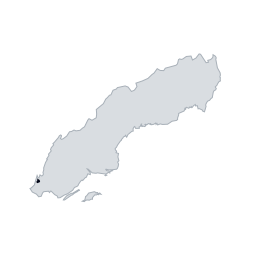 Bjuv, Skåne, Sweden shown in context, rotated 43°
{"feature_id": "70781695B11789611241227", "entity_name": "Bjuv", "entity_type": "district", "adm_level": 2, "iso_a3": "SWE", "parent_name": "Sweden", "parent_adm1": "Skåne", "projection": "orthographic", "projection_center": [12.999, 56.072], "detail": "fine", "context": "in_parent", "style": "filled", "palette": "ink", "viewbox_px": 256, "rotation_deg": 43, "n_neighbors": 0, "source": "geoboundaries", "source_scale": "gbopen_adm2", "svg_char_len": 3975}
<svg xmlns="http://www.w3.org/2000/svg" viewBox="0 0 256 256"><g transform="rotate(43 128 128)"><path d="M85.1,179.7L85.8,181.8L87.2,181.6L87.9,180.1L88.7,175.7L87.8,170.7L89.1,169.0L89.9,166.3L91.9,165.6L94.5,162.4L94.8,159.2L95.4,156.8L93.2,149.6L93.1,147.8L96.4,146.9L97.8,142.2L95.5,139.1L92.2,136.1L93.4,127.0L92.0,122.0L92.2,119.9L92.1,116.7L92.9,115.4L91.3,110.6L92.9,107.4L92.7,105.7L97.2,99.2L100.1,98.0L105.6,98.9L106.8,96.3L106.8,94.9L106.3,91.6L103.2,89.8L106.4,83.8L108.8,78.1L109.1,72.5L109.6,70.1L108.9,64.7L112.2,64.0L115.0,61.7L114.5,58.8L120.3,49.4L120.5,47.8L119.9,46.3L118.3,43.6L118.6,42.3L120.2,41.5L121.0,40.2L121.9,35.9L125.0,32.4L128.8,34.3L130.0,30.5L129.5,25.3L130.8,24.6L140.6,27.0L142.0,25.0L140.2,24.1L141.6,21.9L141.9,20.5L141.9,19.0L141.7,18.2L140.2,16.4L143.1,15.9L144.8,16.6L145.1,17.7L152.3,23.0L157.7,24.8L159.5,26.3L160.3,28.1L161.1,28.1L162.4,29.7L163.5,30.6L162.9,31.9L163.4,34.8L163.9,36.0L163.8,38.5L165.6,38.9L166.1,40.3L165.5,42.0L165.9,43.6L168.9,48.3L168.6,50.0L168.8,52.1L168.0,53.8L168.1,55.4L168.7,57.4L169.2,58.3L170.3,58.9L172.9,64.0L171.2,64.7L169.8,64.2L166.8,65.3L166.2,66.2L163.5,64.4L162.3,65.8L161.2,64.9L160.7,66.8L160.9,69.2L159.7,69.2L160.3,70.0L158.8,70.6L158.7,71.0L159.1,71.5L158.8,72.3L156.7,72.9L156.5,73.7L157.3,74.6L157.3,75.2L155.9,74.4L157.0,76.1L157.4,77.4L155.1,82.8L156.2,84.0L157.4,86.8L158.5,88.0L158.3,89.4L155.6,93.0L154.4,98.2L150.8,101.9L148.8,103.0L147.6,105.5L146.0,104.9L146.1,106.3L144.9,105.5L144.3,107.7L143.0,109.6L141.4,109.4L141.2,109.8L141.8,110.2L139.9,110.8L139.6,112.7L138.2,113.3L138.0,113.9L139.4,114.0L139.3,115.5L137.8,116.4L137.3,117.4L136.5,117.4L136.6,116.7L135.6,116.8L135.2,115.9L135.0,116.2L135.9,118.6L135.4,119.6L136.5,120.5L133.8,123.1L131.9,122.3L131.7,123.1L132.2,125.1L133.9,126.7L133.1,127.8L132.4,132.7L133.3,135.6L131.1,135.1L131.4,136.2L130.8,137.6L131.2,139.5L131.0,140.7L131.6,141.8L131.3,142.4L132.0,147.7L132.7,149.9L132.6,151.7L133.6,152.6L135.5,152.7L136.1,154.2L138.4,153.1L140.3,156.0L143.7,158.2L143.6,159.9L145.8,160.9L147.1,163.0L147.8,164.9L147.7,166.0L144.8,169.4L142.5,171.7L140.0,173.1L140.1,173.6L141.4,173.7L144.4,172.0L145.4,173.3L143.8,174.0L143.6,175.8L143.0,177.0L136.3,181.6L135.5,182.9L132.5,185.2L126.8,185.3L126.0,185.8L130.9,186.4L132.2,187.8L129.9,188.9L131.1,192.4L130.6,193.3L130.7,197.3L129.9,197.4L129.6,199.1L130.2,203.0L130.7,204.1L130.6,205.3L129.4,208.0L130.0,211.2L128.7,217.2L127.1,220.6L125.9,225.2L124.4,226.9L122.6,226.0L119.9,226.7L114.9,226.6L114.3,227.1L114.7,228.7L112.9,228.5L109.8,232.1L109.8,233.8L111.1,237.1L109.6,239.2L106.2,238.8L101.7,240.1L97.6,239.1L98.1,237.9L98.4,233.6L93.9,224.7L96.0,225.6L96.9,225.2L95.6,222.3L97.4,222.1L98.0,221.1L97.6,219.4L96.2,218.6L94.9,216.0L93.5,214.6L91.2,209.4L90.4,205.8L89.6,206.1L88.9,202.0L87.7,201.3L87.5,197.1L86.1,196.7L85.3,194.7L85.2,191.1L83.7,190.6L83.9,188.9L83.6,182.5L83.1,180.5L83.5,179.0L84.4,178.9L85.1,179.7ZM151.4,197.2L150.8,197.6L150.4,198.8L149.3,199.5L149.5,203.1L150.6,204.4L149.6,205.1L149.0,207.1L147.1,208.6L146.4,209.8L146.2,211.7L144.5,212.7L145.5,210.0L143.7,207.0L144.0,205.9L143.6,202.4L146.8,197.6L148.3,197.0L149.1,197.4L149.3,196.3L149.8,196.0L151.4,197.2ZM130.7,223.9L129.8,224.7L129.5,223.6L129.4,219.4L131.1,214.3L131.9,213.8L133.9,206.9L134.1,206.5L135.0,206.8L134.4,207.5L134.5,208.7L133.2,212.4L133.0,214.8L132.5,215.4L130.7,223.9ZM152.0,195.7L151.9,196.7L151.0,196.0L151.7,194.8L153.4,194.9L152.0,195.7ZM145.8,169.8L144.9,171.5L144.6,170.8L144.8,170.0L145.8,169.8ZM144.2,178.2L143.6,178.4L143.9,177.3L144.6,177.0L144.2,178.2Z" fill="#d9dde1" stroke="#a8b0b8" stroke-width="1"/><path d="M98.7,229.5L98.8,229.5L98.9,229.3L99.1,229.0L99.1,228.7L99.2,228.3L99.5,228.1L99.6,227.9L99.6,227.6L99.4,227.4L99.1,227.3L98.8,227.2L98.6,227.1L98.3,227.1L98.2,227.3L97.9,227.4L97.7,227.4L97.8,227.5L98.0,227.9L98.2,228.2L98.2,228.5L98.2,228.9L98.2,229.1L98.4,229.3L98.6,229.5L98.7,229.5Z" fill="#0f172a" stroke="#020617" stroke-width="1.5"/></g></svg>